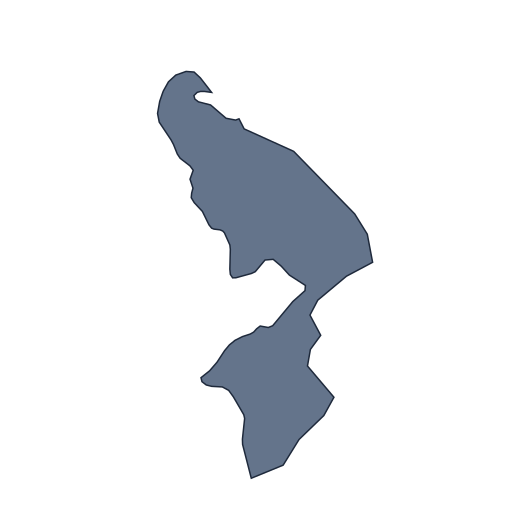 outline of Al Buraymi, rotated 332°
{"feature_id": "OMN-4836", "entity_name": "Al Buraymi", "entity_type": "Province", "adm_level": 1, "iso_a3": "OMN", "parent_name": "Oman", "parent_adm1": "", "projection": "mercator", "projection_center": [55.822, 24.259], "detail": "fine", "context": "isolated", "style": "filled", "palette": "slate", "viewbox_px": 512, "rotation_deg": 332, "n_neighbors": 0, "source": "natural_earth", "source_scale": "10m", "svg_char_len": 1327}
<svg xmlns="http://www.w3.org/2000/svg" viewBox="0 0 512 512"><g transform="rotate(332 256 256)"><path d="M270.1,58.6L280.2,60.1L280.9,60.2L287.7,64.5L290.5,72.7L292.6,84.8L293.6,90.7L287.6,86.4L284.4,84.7L280.9,83.9L276.5,85.2L275.7,88.7L277.5,92.8L286.8,101.3L294.2,120.3L301.8,126.4L305.4,126.9L305.2,138.2L338.4,181.3L362.9,265.2L364.5,289.0L356.0,316.3L326.4,316.3L289.8,324.0L275.9,333.5L275.9,356.4L260.2,364.0L249.8,377.3L258.5,417.3L241.0,428.7L207.9,438.2L181.8,453.4L147.5,450.0L155.7,416.1L158.0,411.4L169.7,394.1L170.7,390.4L169.9,369.7L168.8,361.8L164.8,355.8L155.7,350.3L151.5,346.5L149.3,341.6L150.3,337.6L161.1,335.6L171.7,331.5L176.6,328.8L183.9,324.8L190.8,322.0L197.9,320.6L206.2,320.8L214.3,322.2L218.2,322.1L222.3,320.6L226.8,319.8L233.3,324.9L238.0,325.4L267.1,313.5L283.0,309.6L285.8,305.2L276.5,288.5L273.5,276.8L269.6,267.0L262.1,263.8L248.0,269.5L243.8,269.3L228.1,265.8L225.1,264.3L224.7,260.2L226.7,255.4L236.5,238.0L238.1,234.0L239.0,220.7L238.4,218.4L236.5,216.0L231.5,212.5L229.9,210.6L229.1,206.4L229.6,191.5L226.5,179.9L226.2,174.1L228.7,170.3L232.2,166.5L233.8,157.2L240.8,150.8L240.0,145.4L236.2,137.0L234.9,134.1L234.4,129.0L235.5,118.8L235.5,113.6L233.4,92.4L236.0,83.9L243.6,74.2L250.7,67.6L251.8,66.7L260.5,61.1L270.1,58.6Z" fill="#64748b" stroke="#1e293b" stroke-width="1.5"/></g></svg>